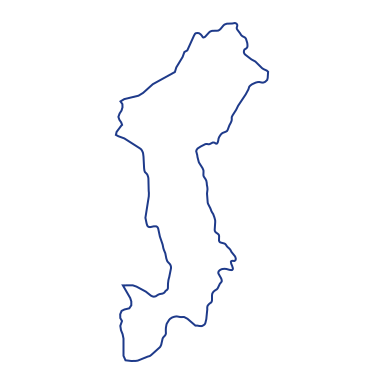 the Province of Lamphun
{"feature_id": "THA-392", "entity_name": "Lamphun", "entity_type": "Province", "adm_level": 1, "iso_a3": "THA", "parent_name": "Thailand", "parent_adm1": "", "projection": "robinson", "projection_center": [99.014, 18.095], "detail": "fine", "context": "isolated", "style": "outline", "palette": "blue", "viewbox_px": 384, "rotation_deg": 0, "n_neighbors": 0, "source": "natural_earth", "source_scale": "10m", "svg_char_len": 4582}
<svg xmlns="http://www.w3.org/2000/svg" viewBox="0 0 384 384"><path d="M268.1,71.8L267.7,77.9L267.2,79.9L266.9,80.2L265.2,81.8L264.1,82.3L263.1,82.6L262.1,82.6L259.2,82.0L257.7,82.1L255.7,82.6L252.0,84.3L250.4,85.5L249.3,86.6L248.7,88.4L248.4,89.4L245.7,94.4L238.1,105.8L236.2,109.7L232.5,115.5L231.8,117.0L231.7,118.0L231.8,119.0L231.7,120.1L231.5,121.0L230.7,122.9L229.4,125.3L227.7,129.8L227.0,131.0L225.8,131.7L222.5,133.0L221.4,133.9L220.6,134.8L219.3,136.8L218.9,137.7L218.5,138.8L218.3,140.3L217.7,142.5L217.0,143.5L216.2,143.7L215.4,143.3L214.7,142.8L213.8,142.5L212.8,142.5L209.9,144.0L208.9,144.3L208.0,144.2L207.1,144.0L206.1,144.0L205.2,144.2L200.7,146.5L197.6,148.5L196.6,149.9L196.2,151.2L197.2,155.0L197.5,157.1L198.8,162.1L199.2,162.9L202.5,168.1L203.2,169.7L203.5,170.7L203.5,171.8L203.4,175.1L203.6,176.1L204.0,176.9L205.5,179.1L206.3,180.7L206.7,182.7L206.9,185.0L207.3,187.0L207.5,189.2L207.0,193.6L207.7,202.5L207.9,203.4L208.3,204.3L210.4,208.4L211.4,211.1L212.2,212.6L212.7,213.3L213.2,214.1L214.4,217.4L215.0,219.6L215.2,220.7L215.2,222.2L214.7,229.7L214.8,230.8L215.2,231.6L215.7,232.3L217.8,233.8L218.5,234.4L218.9,235.1L219.1,236.1L219.0,240.5L219.3,241.4L219.8,242.1L220.6,242.5L224.3,243.5L225.1,243.9L225.7,244.5L226.2,245.2L226.7,246.0L227.3,246.7L227.8,247.3L228.5,247.8L229.7,249.0L230.3,249.7L231.5,252.0L234.9,256.2L235.4,257.2L235.8,258.8L235.6,259.9L235.0,260.6L234.3,261.0L232.4,260.8L231.3,261.1L230.9,261.8L231.0,262.7L231.2,263.6L231.5,264.5L232.0,265.5L232.9,268.3L232.7,269.4L232.1,270.0L231.3,270.1L229.3,269.8L226.5,269.0L224.5,268.8L222.6,269.0L221.6,269.2L220.6,269.7L219.6,270.3L218.6,271.4L218.3,272.5L218.4,273.5L221.1,278.3L221.5,279.3L221.8,281.0L221.5,281.8L220.8,282.7L219.9,283.7L217.8,288.1L217.3,288.8L216.7,289.4L215.2,290.3L214.3,291.0L213.4,291.8L212.3,293.5L212.0,295.3L212.0,300.2L211.7,301.6L211.1,302.5L209.8,303.4L209.0,304.1L207.7,305.6L207.3,306.9L207.2,308.1L207.3,309.1L206.3,319.1L205.4,322.9L205.0,323.8L204.5,324.5L203.8,325.0L202.3,325.9L201.5,326.1L199.4,326.0L197.4,325.6L195.4,325.6L187.5,318.8L184.3,317.1L183.3,317.0L181.2,317.1L180.0,317.0L177.4,316.5L176.3,316.4L175.1,316.6L173.8,316.9L172.1,317.5L170.1,318.8L169.1,319.9L166.8,323.6L166.5,324.5L166.3,325.5L165.9,327.8L165.8,330.1L165.9,333.5L165.6,334.5L165.1,335.4L163.6,337.0L163.0,337.8L162.6,338.6L161.2,344.8L160.4,346.5L159.9,347.2L151.1,355.1L149.8,356.0L149.5,356.1L147.7,356.6L137.8,360.6L135.8,360.9L131.4,361.0L125.5,360.3L123.5,355.8L123.5,338.6L122.6,334.2L121.0,330.2L120.3,325.9L122.0,321.0L120.3,318.1L120.2,314.3L121.6,310.9L124.4,309.5L129.3,308.3L131.3,305.3L131.3,301.5L130.2,298.0L122.9,285.4L132.7,285.3L136.5,286.6L145.8,291.6L151.0,295.7L152.5,296.4L153.8,296.7L154.8,296.5L155.7,296.3L156.5,295.8L157.2,295.3L158.2,294.7L159.6,294.1L162.5,293.6L163.8,293.0L164.7,292.2L165.2,291.4L165.7,290.8L167.1,289.8L167.6,289.1L167.9,288.3L168.0,283.6L168.4,280.2L168.9,278.2L169.2,277.2L171.0,268.2L171.0,267.1L170.8,266.0L170.5,265.2L170.1,264.4L169.5,263.7L167.7,261.8L167.2,261.0L166.9,260.2L166.3,258.4L165.5,254.3L165.3,253.3L163.9,249.9L163.3,248.0L162.7,244.9L162.4,243.9L159.9,236.6L158.2,228.6L157.8,227.7L157.3,227.0L156.4,226.4L155.3,226.3L153.9,226.3L150.8,227.0L150.0,227.1L149.0,227.0L148.3,226.7L147.6,226.1L147.2,225.4L146.6,223.5L145.5,218.2L145.4,217.9L148.8,196.3L148.9,193.0L148.7,190.9L148.4,178.5L148.2,177.2L147.6,175.3L147.2,174.5L146.7,173.8L144.9,172.0L144.4,170.5L144.1,168.2L143.5,156.7L143.1,153.5L142.9,152.6L142.1,150.8L141.2,149.4L139.8,148.3L124.3,138.4L118.3,136.2L115.9,134.9L116.6,131.9L121.0,126.0L122.1,124.9L121.2,122.4L119.4,119.8L118.4,116.9L119.6,113.5L121.5,110.6L122.5,107.3L122.4,104.1L120.5,101.4L124.3,99.1L138.5,95.7L143.1,92.9L152.8,84.2L174.9,72.0L176.3,67.4L182.6,57.0L184.4,52.0L187.3,50.4L194.0,35.6L195.1,33.7L195.9,33.2L196.7,33.1L197.6,33.0L198.2,33.1L198.9,33.2L199.6,33.6L200.3,34.1L200.9,34.6L201.9,35.8L202.5,36.8L202.9,37.3L203.3,37.5L204.1,37.3L205.1,36.8L209.2,32.3L210.1,31.6L211.0,31.2L211.9,30.9L212.9,30.8L217.1,30.7L218.2,30.6L219.3,30.0L220.5,29.0L223.4,25.5L224.3,24.7L225.1,24.3L226.9,23.7L232.3,23.5L234.9,23.0L235.7,23.3L236.5,23.7L237.0,24.4L237.3,25.1L237.2,26.1L236.7,27.8L236.8,28.7L237.2,29.5L240.3,33.6L240.7,34.4L241.2,35.1L241.8,35.7L242.6,36.3L244.2,37.1L244.9,37.5L245.5,38.1L246.0,38.9L247.2,42.8L247.4,44.1L247.5,46.1L247.2,47.3L246.5,48.2L245.7,48.8L244.6,49.4L244.1,50.3L243.9,51.4L243.9,52.4L244.2,53.3L244.7,54.1L245.3,54.7L251.4,59.4L255.3,61.5L262.0,68.1L263.5,69.1L266.8,70.6L268.1,71.8Z" fill="none" stroke="#1e3a8a" stroke-width="2"/></svg>